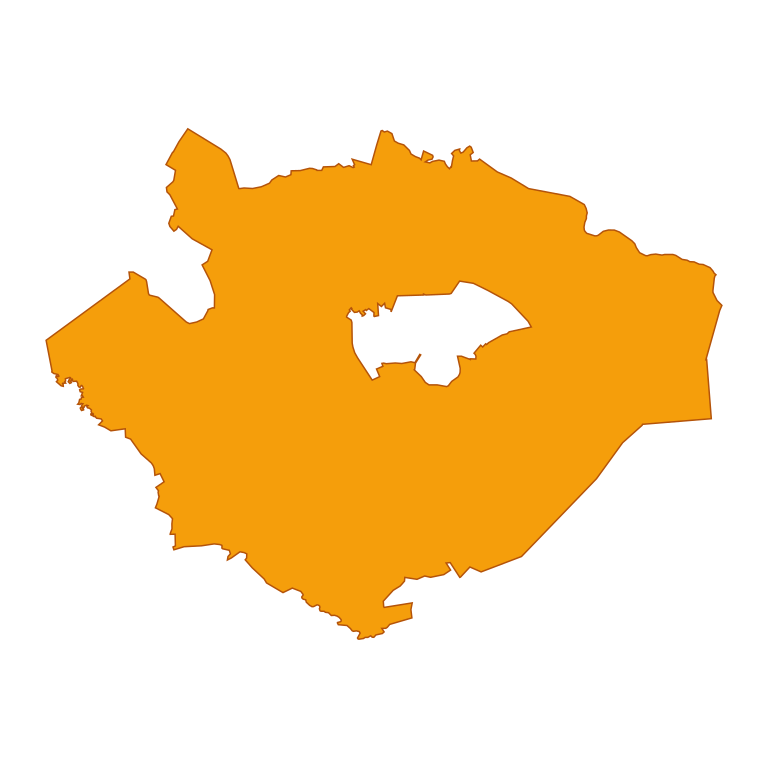 Baldones pag., Baldones, Latvia (Mercator projection)
{"feature_id": "27541924B60801434690140", "entity_name": "Baldones pag.", "entity_type": "district", "adm_level": 2, "iso_a3": "LVA", "parent_name": "Latvia", "parent_adm1": "Baldones", "projection": "mercator", "projection_center": [24.339, 56.727], "detail": "fine", "context": "isolated", "style": "filled", "palette": "amber", "viewbox_px": 768, "rotation_deg": 0, "n_neighbors": 0, "source": "geoboundaries", "source_scale": "gbopen_adm2", "svg_char_len": 6037}
<svg xmlns="http://www.w3.org/2000/svg" viewBox="0 0 768 768"><path d="M382.2,130.5L381.0,131.0L376.7,145.0L371.2,164.7L352.2,159.2L354.6,164.7L353.4,165.7L354.2,167.1L353.1,167.6L349.1,165.7L343.6,167.4L338.7,163.7L335.0,166.5L323.4,166.9L321.7,170.4L317.0,170.4L316.8,169.9L312.5,168.5L309.5,168.3L300.2,170.6L291.2,170.8L290.9,174.7L285.5,177.0L278.7,175.5L271.8,180.0L269.5,183.2L261.2,186.8L252.6,188.5L244.0,188.0L239.7,188.6L238.8,188.5L230.0,159.7L228.1,156.1L225.9,153.1L220.9,149.1L187.8,128.8L178.9,141.8L173.3,152.0L172.6,152.3L166.0,164.6L175.5,170.3L173.8,180.3L172.9,181.8L166.4,187.5L167.0,191.9L169.9,194.8L177.4,209.0L174.9,209.6L173.5,216.0L171.3,216.3L168.8,223.3L169.9,226.5L173.9,231.2L176.5,229.4L178.2,226.3L192.2,238.8L212.0,249.8L207.7,261.3L202.1,264.9L210.1,280.6L214.6,294.6L214.4,307.9L212.3,307.9L208.1,309.5L207.8,310.8L203.4,318.9L196.7,322.0L189.5,323.6L186.4,322.1L159.1,298.0L157.9,297.2L149.4,295.1L148.5,293.6L146.6,281.7L146.0,279.8L145.4,279.2L133.3,272.1L129.0,272.1L129.9,278.9L46.1,340.3L52.0,370.8L51.8,372.0L53.8,373.5L58.0,374.5L58.9,376.1L58.6,376.5L57.2,376.3L56.7,375.6L56.0,376.1L56.0,377.5L57.1,378.3L57.8,380.1L56.4,381.7L61.1,385.8L63.3,386.3L63.2,384.6L62.5,383.6L62.7,383.3L65.6,383.1L64.7,381.8L65.6,381.0L65.4,378.7L69.9,377.4L70.5,377.7L70.5,378.3L69.3,379.4L68.2,381.7L69.8,383.4L71.4,382.6L71.1,381.7L70.3,381.1L71.1,380.7L71.7,379.1L72.2,379.0L72.5,379.3L72.4,380.5L73.1,381.4L76.6,381.2L77.9,383.5L77.9,385.5L79.1,387.1L80.1,387.2L81.3,385.5L81.8,385.5L82.5,386.3L83.5,388.4L83.4,388.8L80.3,389.1L79.6,389.7L80.2,391.7L82.6,392.4L81.3,395.7L82.4,395.6L83.3,397.2L81.5,397.4L81.1,399.1L79.6,399.4L78.8,402.9L77.7,404.2L80.0,404.5L81.1,403.4L82.9,403.8L82.0,404.8L81.3,407.1L80.3,407.9L80.4,408.7L81.5,410.5L83.6,409.9L83.6,409.4L82.6,408.5L82.4,407.1L83.7,407.7L84.1,407.3L84.3,406.1L86.5,405.2L88.0,405.6L86.9,406.6L87.5,407.8L89.5,408.3L91.4,409.9L91.1,411.3L91.8,413.0L90.8,414.0L90.9,414.9L92.1,415.5L92.2,414.2L93.0,413.6L93.4,414.0L93.1,415.3L93.6,416.4L95.0,416.7L95.4,415.7L95.3,416.8L96.6,418.2L101.1,418.9L102.5,420.9L98.6,424.8L104.6,427.1L110.9,430.8L125.2,428.8L125.6,437.2L130.6,439.1L141.1,453.9L151.4,463.0L153.2,465.7L154.3,468.7L154.9,475.3L160.1,473.6L164.1,481.8L155.9,487.4L158.5,490.8L158.1,492.2L158.7,495.9L159.2,496.2L156.9,504.1L155.4,507.8L168.8,514.6L172.5,518.7L171.9,523.8L172.0,528.8L170.3,533.4L170.2,534.3L175.1,534.2L175.4,545.9L173.0,547.0L173.9,549.8L184.1,546.7L201.5,545.8L214.2,543.9L219.5,544.5L221.7,545.2L222.0,545.7L221.9,548.1L222.7,548.8L229.3,550.3L230.4,553.8L228.0,556.5L227.4,560.0L231.3,558.0L240.0,551.8L244.2,552.6L246.8,553.9L246.6,558.1L245.2,559.8L252.3,567.9L264.2,579.0L266.5,582.9L283.0,592.6L292.3,588.1L300.8,591.4L303.1,594.5L303.0,595.3L301.9,596.6L301.8,597.8L303.2,599.2L305.7,599.8L306.3,602.2L309.6,605.3L312.0,606.7L313.6,606.6L317.1,604.8L318.8,605.3L319.7,606.2L319.9,607.4L319.4,608.8L320.0,610.7L320.9,611.2L324.1,611.3L325.4,612.3L328.5,612.7L331.3,615.5L334.6,615.3L337.1,616.1L339.2,617.4L341.1,619.6L341.2,620.8L340.6,621.7L337.5,622.5L337.4,622.9L338.3,624.7L347.0,625.5L350.4,628.5L352.1,630.7L353.3,631.3L356.5,630.9L359.3,631.6L360.1,633.2L357.5,638.0L358.0,638.9L358.9,639.2L363.5,638.5L365.1,637.4L367.8,637.4L370.7,635.8L372.2,637.2L373.8,637.3L376.0,634.9L382.4,633.5L384.1,631.9L381.8,628.4L385.8,628.3L387.3,627.3L389.7,624.4L411.9,617.9L410.9,609.6L412.2,602.9L384.2,607.4L383.7,606.5L383.3,601.2L393.2,590.3L400.2,586.0L402.3,583.7L404.5,581.1L404.8,577.4L417.0,579.3L424.7,576.0L430.6,577.3L443.8,574.6L450.6,570.1L446.1,563.0L450.2,562.6L459.8,577.4L460.5,577.1L469.9,567.0L481.1,571.9L521.5,556.5L596.5,478.7L622.6,442.7L642.1,425.3L642.5,424.3L711.3,418.7L706.7,360.1L706.6,359.5L705.9,359.7L719.7,310.5L721.9,305.4L717.0,300.5L713.0,292.5L712.9,290.8L714.3,278.2L714.9,276.0L716.0,274.8L714.1,273.1L713.0,271.1L710.1,267.7L703.1,264.5L699.2,264.2L694.1,261.9L689.9,261.7L687.1,260.2L682.1,259.4L675.8,255.4L672.9,254.5L664.6,254.5L662.0,255.1L655.8,254.1L650.8,254.6L647.2,255.8L645.5,255.6L639.6,252.7L636.3,247.6L634.8,243.8L631.9,240.8L619.4,232.0L614.4,230.1L608.5,230.0L603.3,231.3L598.3,235.2L596.8,235.8L594.9,235.9L586.7,233.3L584.8,231.1L584.3,229.9L584.0,227.1L584.8,222.4L586.4,218.5L586.4,215.9L587.2,212.9L586.1,208.4L584.3,204.6L569.9,196.4L528.6,188.6L511.2,178.0L497.4,172.0L479.6,159.1L477.5,160.9L471.4,161.0L470.2,154.8L473.2,152.5L471.2,147.2L469.7,146.1L466.9,147.8L463.2,152.1L460.9,153.1L459.4,150.7L459.7,149.0L454.8,150.4L451.6,153.5L453.6,155.9L452.5,160.4L451.4,166.9L451.0,166.6L449.5,168.7L447.4,166.8L445.4,163.9L444.3,161.3L439.0,160.1L432.5,161.4L429.8,162.9L425.3,161.9L428.2,160.0L432.0,159.2L433.1,156.9L432.6,155.3L423.6,151.0L421.1,159.8L419.6,158.2L415.4,156.6L411.0,154.0L409.4,150.4L403.8,144.9L398.2,143.2L394.4,141.0L391.9,133.6L387.4,131.1L384.3,132.0L382.2,130.5ZM384.6,303.3L385.5,307.8L390.9,309.4L391.1,311.9L397.4,295.8L423.7,295.0L423.6,294.1L425.8,295.0L449.5,294.0L451.2,293.4L459.6,281.1L473.4,283.3L488.0,290.5L508.1,301.4L511.7,303.9L528.1,321.3L531.3,327.0L509.2,331.8L507.1,333.8L502.2,335.0L488.7,342.6L486.6,344.5L485.7,343.8L482.7,347.0L480.7,345.2L474.0,353.2L475.3,354.5L476.0,356.3L475.8,359.0L470.3,358.8L470.3,359.5L461.4,356.2L457.5,356.2L460.2,368.3L460.1,372.3L459.5,374.3L458.0,376.9L451.7,381.4L448.3,385.8L446.7,386.6L437.3,384.9L429.0,384.9L425.3,382.4L421.3,376.6L414.2,369.8L414.7,369.4L415.5,363.1L420.7,354.9L419.8,354.4L414.9,362.7L411.0,361.8L401.8,363.5L395.3,363.0L386.3,363.7L383.6,363.1L381.9,363.4L382.9,366.3L376.5,369.0L379.7,376.6L372.2,380.1L357.5,357.7L354.7,352.7L352.9,347.0L352.2,343.1L351.9,322.5L351.2,320.1L346.6,317.1L346.7,316.1L348.6,312.6L350.2,311.2L349.3,309.9L351.2,307.8L351.9,308.5L351.6,309.4L354.4,312.4L357.2,312.1L359.2,310.8L360.5,313.3L362.1,314.7L362.2,316.1L363.6,315.6L365.5,313.8L363.1,311.2L365.7,309.6L366.3,310.5L368.8,308.6L374.0,312.5L373.9,316.1L374.3,316.5L378.5,315.6L377.7,303.5L381.4,306.5L384.6,303.3Z" fill="#f59e0b" stroke="#b45309" stroke-width="1.5"/></svg>